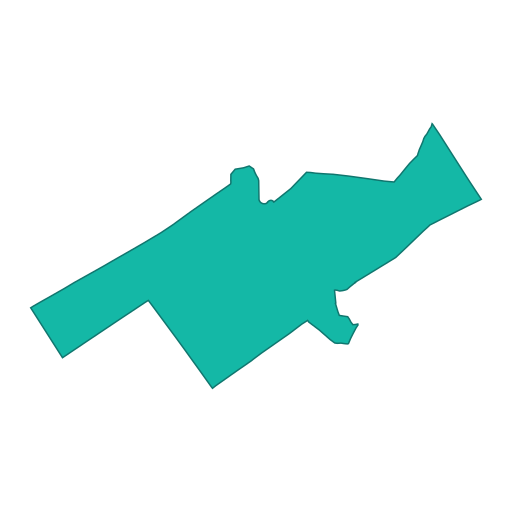 Al Mayadin, Dayr Az Zawr, Syria (Albers equal-area conic projection)
{"feature_id": "27442178B96470480022323", "entity_name": "Al Mayadin", "entity_type": "district", "adm_level": 2, "iso_a3": "SYR", "parent_name": "Syria", "parent_adm1": "Dayr Az Zawr", "projection": "albers", "projection_center": [40.466, 34.927], "detail": "fine", "context": "isolated", "style": "filled", "palette": "teal", "viewbox_px": 512, "rotation_deg": 0, "n_neighbors": 0, "source": "geoboundaries", "source_scale": "gbopen_adm2", "svg_char_len": 3436}
<svg xmlns="http://www.w3.org/2000/svg" viewBox="0 0 512 512"><path d="M62.5,357.7L87.6,340.8L117.9,320.5L144.8,302.6L148.3,300.4L149.3,301.7L152.4,305.8L166.0,324.2L177.0,339.1L185.0,350.1L194.2,362.9L198.7,369.1L211.1,386.5L212.5,388.3L215.9,385.6L230.5,375.3L236.9,370.8L251.6,360.6L252.9,359.5L261.0,353.4L289.6,333.4L301.8,324.1L306.4,321.2L307.6,320.4L308.7,322.0L319.4,330.1L323.1,333.4L330.3,339.7L334.8,343.0L337.0,343.3L337.9,343.3L341.0,343.1L343.4,343.5L345.8,343.8L347.8,343.9L348.5,343.5L350.6,338.5L352.9,333.9L356.0,328.0L357.6,325.5L358.0,325.0L357.8,324.0L355.3,324.5L352.9,324.7L350.9,322.1L349.4,319.2L347.7,316.7L343.0,316.0L339.3,315.4L337.9,311.7L335.4,303.3L335.8,303.1L334.5,290.2L335.2,290.0L337.2,290.3L339.6,291.0L342.8,290.6L345.3,290.0L347.0,289.4L349.8,286.9L354.0,283.5L355.4,282.6L355.1,282.3L395.7,257.5L407.4,246.4L423.2,231.2L428.7,226.2L429.9,225.0L438.9,220.4L467.5,206.0L475.7,202.1L479.6,200.2L481.3,199.3L470.8,183.4L466.4,176.6L453.1,155.8L439.8,134.9L432.5,124.1L432.1,123.7L431.2,126.8L429.6,129.0L428.3,131.4L426.8,134.1L425.0,136.3L423.8,138.5L422.8,141.7L420.9,146.1L419.3,149.7L418.8,151.3L417.9,153.9L417.5,155.5L413.7,159.2L409.6,163.4L405.3,168.6L399.8,175.4L397.3,178.1L394.1,182.0L384.2,181.1L367.7,178.7L348.8,176.1L333.2,174.3L324.2,173.8L318.6,173.4L315.7,173.2L310.6,172.5L306.5,172.3L290.8,188.6L273.8,202.1L273.7,202.0L273.7,201.9L273.6,201.7L273.4,201.6L273.3,201.4L273.2,201.4L273.1,201.2L272.9,201.1L272.7,201.0L272.7,200.9L272.4,200.8L272.3,200.7L272.2,200.7L271.9,200.5L271.7,200.4L271.4,200.4L271.2,200.4L270.9,200.3L270.7,200.4L270.4,200.4L270.2,200.4L270.0,200.5L269.9,200.5L269.7,200.6L269.4,200.7L269.2,200.8L268.9,200.9L268.8,201.0L268.7,201.1L268.4,201.3L268.2,201.5L268.0,201.8L267.9,201.8L267.8,202.0L267.7,202.0L267.6,202.3L267.4,202.4L267.4,202.5L267.2,202.6L267.1,202.8L266.9,202.9L266.9,203.0L266.7,203.1L266.5,203.3L266.4,203.3L266.2,203.4L266.1,203.5L265.9,203.5L265.7,203.6L265.4,203.7L265.2,203.7L264.9,203.7L264.8,203.8L264.7,203.8L264.4,203.8L264.2,203.8L263.9,203.8L263.7,203.8L263.4,203.7L263.2,203.7L262.9,203.6L262.7,203.6L262.4,203.5L262.3,203.4L262.2,203.4L261.9,203.3L261.8,203.2L261.7,203.2L261.4,203.0L261.2,202.9L261.0,202.7L260.9,202.7L260.7,202.5L260.6,202.4L260.4,202.2L260.2,202.0L260.1,201.9L260.0,201.7L259.9,201.6L259.8,201.4L259.7,201.4L259.6,201.2L259.5,200.9L259.4,200.8L259.4,200.7L259.2,200.4L259.2,200.2L259.1,199.9L259.0,199.7L259.0,199.4L258.9,193.5L258.7,180.7L258.6,180.4L258.6,180.2L258.5,179.9L258.4,179.7L258.4,179.4L258.3,179.2L258.2,179.0L258.2,178.9L258.2,178.7L258.1,178.4L258.0,178.2L257.9,178.1L257.8,177.8L257.7,177.7L257.5,177.4L257.4,177.3L257.4,177.2L257.2,176.9L257.1,176.7L256.9,176.4L256.7,176.1L256.6,175.9L256.5,175.7L256.4,175.5L256.3,175.3L256.2,175.2L256.1,174.9L255.9,174.6L255.8,174.4L255.7,174.2L255.5,173.9L255.5,173.7L255.4,173.6L255.3,173.4L255.2,173.2L255.1,172.9L255.0,172.7L254.9,172.6L254.9,172.4L254.7,172.1L254.6,171.9L254.6,171.7L254.4,171.4L254.4,171.2L254.2,170.9L254.2,170.7L254.1,170.4L254.0,170.2L253.9,170.1L253.9,169.9L253.8,169.6L253.7,169.5L253.7,169.3L253.6,169.2L253.5,168.9L249.2,166.0L243.6,167.8L235.2,169.2L230.9,174.3L230.8,180.7L230.9,182.5L230.6,184.0L224.5,188.3L216.0,194.1L191.2,211.4L172.4,225.1L161.0,232.7L141.5,244.3L111.7,261.4L103.1,266.4L74.5,282.4L64.0,288.7L40.7,301.9L33.9,305.8L30.7,307.8L62.5,357.7Z" fill="#14b8a6" stroke="#0f766e" stroke-width="1.5"/></svg>